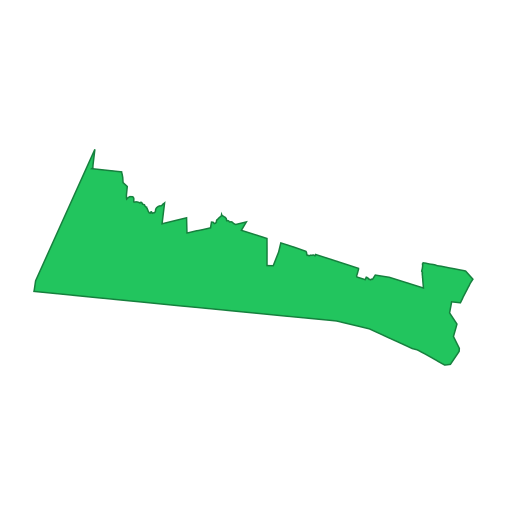 the district of San Miguel Chimalapa, Oaxaca, Mexico, rotated 185°
{"feature_id": "50627088B25043712446087", "entity_name": "San Miguel Chimalapa", "entity_type": "district", "adm_level": 2, "iso_a3": "MEX", "parent_name": "Mexico", "parent_adm1": "Oaxaca", "projection": "robinson", "projection_center": [-94.468, 16.624], "detail": "fine", "context": "isolated", "style": "filled", "palette": "green", "viewbox_px": 512, "rotation_deg": 185, "n_neighbors": 0, "source": "geoboundaries", "source_scale": "gbopen_adm2", "svg_char_len": 5143}
<svg xmlns="http://www.w3.org/2000/svg" viewBox="0 0 512 512"><g transform="rotate(185 256 256)"><path d="M473.4,212.1L473.9,203.4L474.1,201.4L416.7,200.7L378.3,200.3L365.8,200.2L350.6,200.0L325.5,199.7L319.9,199.7L257.7,199.1L246.4,199.0L219.3,198.7L177.5,198.4L170.3,198.3L146.6,194.8L136.7,193.3L132.8,191.9L116.4,186.0L98.6,179.7L92.3,177.4L87.3,176.6L84.8,175.6L83.1,174.8L78.9,173.1L75.4,171.5L73.6,170.7L71.6,169.8L69.5,168.8L67.2,167.8L65.1,166.7L63.6,166.1L62.2,165.4L61.0,164.9L59.4,164.2L58.5,163.8L55.6,164.4L52.9,165.0L46.0,177.4L45.3,178.8L45.4,181.7L52.3,193.0L50.5,202.3L49.9,205.7L58.2,216.2L57.1,227.4L48.3,227.2L46.6,231.5L46.1,233.1L42.6,241.5L41.8,243.6L41.2,244.7L41.2,244.8L40.9,245.6L40.3,247.3L37.9,251.8L45.9,259.3L47.0,259.4L47.2,259.5L51.4,259.9L53.3,260.1L55.9,260.4L57.7,260.6L57.9,260.6L59.9,260.8L61.4,260.9L62.4,261.0L64.2,261.2L65.5,261.4L65.8,261.4L71.0,262.0L71.1,261.9L71.7,262.0L74.5,262.1L77.0,262.8L79.1,263.0L82.2,263.1L83.8,263.3L84.7,263.4L85.1,263.5L86.8,263.7L88.0,263.7L88.8,263.8L88.8,263.7L89.0,263.4L89.2,263.0L89.2,262.5L89.2,262.2L89.4,262.2L89.2,261.3L89.2,261.0L89.1,260.9L89.1,260.6L89.2,259.1L89.2,257.8L89.3,257.7L89.6,255.3L89.0,254.3L89.0,254.2L88.6,253.6L88.8,253.1L88.9,252.9L88.3,249.9L88.2,248.8L87.9,247.9L87.9,247.5L87.7,246.4L87.7,246.0L87.6,245.6L86.4,238.7L90.1,239.5L121.3,246.4L131.6,247.1L135.5,247.4L137.9,242.9L138.6,242.8L138.8,243.0L139.2,242.8L139.4,242.5L140.0,242.2L140.8,242.7L141.3,242.5L141.5,242.7L141.8,243.1L142.7,243.9L142.8,243.9L143.3,243.9L143.4,244.2L143.5,244.3L144.3,244.5L145.2,241.9L146.6,242.3L150.2,243.1L153.5,243.8L153.8,244.2L154.0,245.1L153.9,245.8L153.6,246.8L152.7,251.8L152.8,252.6L155.4,253.2L163.5,255.1L196.7,262.7L196.8,262.2L196.9,261.8L196.9,261.6L197.0,261.4L197.3,261.3L197.6,261.4L197.8,261.6L198.0,261.7L198.2,261.8L198.4,261.9L198.6,262.0L198.8,262.0L199.0,261.9L199.4,261.9L199.6,261.8L199.8,261.8L200.1,261.6L200.3,261.6L200.6,261.6L200.8,261.5L201.0,261.5L201.4,261.6L201.7,261.6L202.1,261.3L202.4,261.2L202.7,261.1L202.8,261.0L203.1,260.9L203.4,261.0L203.6,261.0L203.8,261.1L204.0,261.1L204.3,261.2L204.4,261.3L205.1,261.1L205.2,261.4L205.3,261.7L205.5,261.9L205.6,262.0L205.7,262.5L205.7,262.8L205.8,263.2L205.9,263.6L206.1,264.1L206.3,264.4L206.5,264.7L206.7,265.0L216.7,267.6L232.4,271.2L233.8,261.9L238.0,247.8L244.2,247.4L245.6,263.6L246.6,274.4L263.9,278.3L272.8,280.3L268.6,289.1L279.0,285.6L279.5,285.8L280.0,285.9L280.5,286.2L280.9,286.3L281.5,286.8L282.0,287.1L282.7,287.7L283.3,287.9L283.5,287.8L283.9,287.9L284.1,287.9L284.4,287.8L284.7,287.7L284.9,287.6L285.3,287.6L285.7,287.9L285.9,288.2L286.1,288.4L286.3,288.5L286.7,288.7L286.8,288.7L287.2,288.8L287.5,288.8L287.7,288.7L287.8,288.6L288.1,288.5L288.4,288.9L288.6,289.6L288.7,290.0L288.9,290.6L289.0,290.8L289.4,291.1L289.6,291.4L289.8,291.7L290.1,291.8L290.4,292.0L291.0,292.2L291.3,292.4L291.5,292.5L291.9,292.7L292.2,292.9L292.5,293.0L292.8,293.2L293.0,293.2L293.3,293.3L293.4,293.5L293.6,293.7L293.9,294.4L294.0,293.7L294.0,293.3L294.1,293.0L294.4,292.5L294.8,292.1L295.3,291.7L295.6,291.4L295.8,291.2L296.1,290.9L296.3,290.6L296.6,290.3L296.9,289.9L297.2,289.5L297.4,289.2L298.2,288.5L298.2,288.1L298.5,287.5L298.5,286.8L298.4,286.2L298.6,286.0L299.1,285.3L299.2,285.1L299.4,285.0L299.5,285.0L299.8,285.0L300.0,284.9L300.3,284.8L300.4,284.7L300.6,284.8L300.7,285.0L300.8,285.1L301.1,285.3L301.2,285.5L301.4,285.7L301.6,285.8L301.8,285.9L302.1,285.9L302.3,285.9L302.5,285.9L303.0,285.9L303.3,285.9L303.7,280.9L303.7,280.1L311.4,277.6L315.8,276.3L317.3,276.0L325.6,273.2L326.8,273.0L328.5,288.0L338.6,284.6L352.4,279.9L351.7,300.9L351.9,300.7L352.0,300.5L352.3,300.3L352.8,300.0L353.1,299.7L353.3,299.4L353.6,299.0L353.9,298.6L354.2,298.2L354.5,298.0L354.9,297.7L355.6,297.6L356.1,297.6L357.0,297.2L357.4,297.0L357.9,296.7L358.5,296.1L359.1,295.6L359.6,294.8L359.8,294.4L359.9,293.9L360.1,293.1L360.0,292.2L360.2,291.7L360.3,291.3L360.5,290.8L360.9,290.3L361.3,290.1L361.5,290.0L361.9,290.1L362.3,290.0L362.7,289.7L362.9,289.5L363.1,289.6L363.4,289.8L363.5,290.1L363.6,290.3L363.7,290.5L364.0,290.9L364.3,290.9L364.6,290.7L364.8,290.3L364.7,290.0L364.8,289.7L365.1,289.6L365.2,289.4L366.2,289.7L366.9,290.7L367.4,291.4L368.0,292.7L368.4,293.4L368.6,293.9L369.1,294.3L369.2,295.1L369.8,295.2L370.1,295.3L370.6,295.8L370.9,296.0L371.3,296.6L371.4,297.0L371.6,297.3L372.8,297.6L373.5,297.7L373.8,298.2L373.9,298.6L374.3,298.9L374.7,299.3L375.1,299.5L375.4,299.5L375.6,299.4L375.8,299.1L375.9,298.9L376.1,298.8L376.4,298.7L377.1,299.1L378.1,299.3L379.2,299.5L380.2,299.5L381.3,299.2L381.7,299.1L382.2,299.1L382.4,299.2L382.5,299.7L382.6,300.1L382.6,301.2L382.8,303.0L383.3,303.5L383.6,304.0L383.8,304.2L384.6,304.3L385.7,304.2L385.9,304.2L386.5,304.2L387.0,304.1L387.5,303.6L388.1,303.3L388.3,303.2L389.8,301.4L390.1,302.5L390.4,305.4L390.3,314.0L394.4,317.2L394.7,317.4L394.8,317.5L394.9,317.9L395.1,319.2L395.6,322.6L396.4,325.6L397.1,327.5L397.2,328.1L403.6,328.2L406.0,328.3L408.4,328.3L422.7,328.6L427.2,328.7L426.2,329.7L426.3,331.5L426.3,332.8L426.1,339.1L425.8,348.2L429.7,337.1L473.4,212.1Z" fill="#22c55e" stroke="#15803d" stroke-width="1.5"/></g></svg>